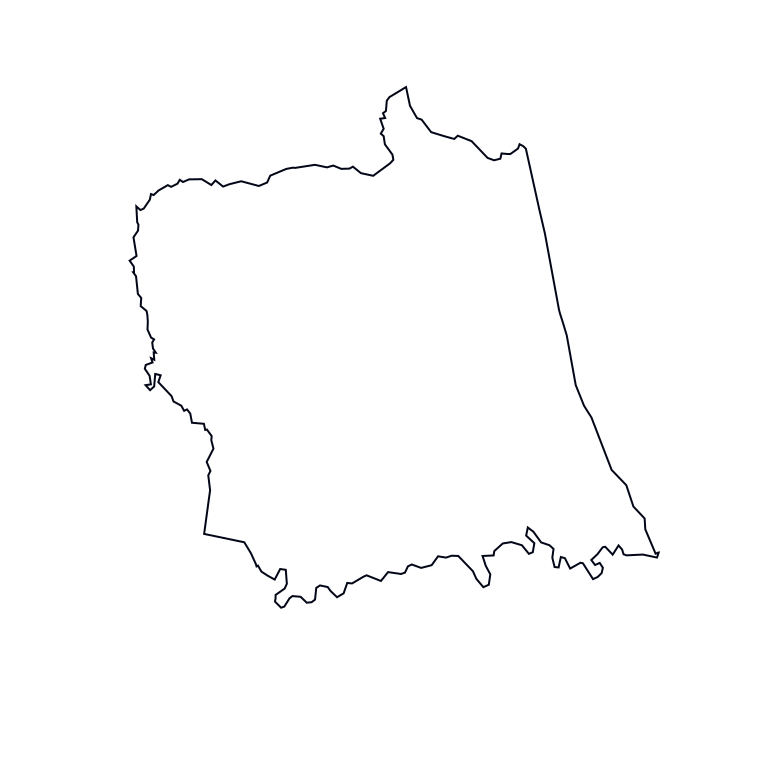 outline of San Sebastián, Puerto Rico, rotated 336°
{"feature_id": "32010507B16977701319194", "entity_name": "San Sebastián", "entity_type": "district", "adm_level": 2, "iso_a3": "PRI", "parent_name": "Puerto Rico", "parent_adm1": "", "projection": "equal_earth", "projection_center": [-66.981, 18.324], "detail": "fine", "context": "isolated", "style": "outline", "palette": "ink", "viewbox_px": 768, "rotation_deg": 336, "n_neighbors": 0, "source": "geoboundaries", "source_scale": "gbopen_adm2", "svg_char_len": 2962}
<svg xmlns="http://www.w3.org/2000/svg" viewBox="0 0 768 768"><g transform="rotate(336 384 384)"><path d="M230.0,121.0L224.3,135.9L224.5,138.5L221.7,143.8L214.8,148.1L210.0,166.4L201.8,167.8L203.2,175.0L201.1,180.2L200.3,179.9L201.3,184.7L195.8,201.6L197.2,206.7L193.4,213.9L196.8,220.7L195.9,224.7L193.6,231.0L190.1,238.0L190.1,246.9L192.1,249.7L189.1,251.9L187.4,257.7L188.3,262.6L186.4,261.5L184.0,268.4L181.7,265.7L181.3,270.2L174.1,269.7L171.7,272.8L173.2,281.2L170.9,289.5L165.7,288.1L167.8,294.5L173.0,292.8L179.1,281.8L183.5,285.2L178.6,290.5L185.0,308.7L184.6,314.4L190.0,321.4L190.5,327.2L193.7,327.1L195.0,332.2L192.8,341.3L203.3,347.1L202.0,353.3L203.7,353.6L205.4,361.5L203.4,365.0L201.9,373.7L190.3,383.1L190.1,392.8L186.3,396.0L181.9,410.4L177.7,417.1L158.7,447.8L192.0,471.8L193.6,484.5L193.7,496.5L193.4,498.8L195.0,498.7L195.7,505.5L199.7,511.7L204.6,518.2L213.9,510.8L218.7,513.8L214.0,527.0L210.0,530.5L199.2,532.6L197.7,535.8L195.9,538.4L199.0,546.5L202.4,546.8L210.6,541.3L214.1,540.5L221.3,544.5L224.5,552.4L229.1,553.9L233.3,552.9L239.2,542.7L243.6,542.0L250.0,546.6L251.0,551.4L254.4,559.7L262.0,558.8L269.5,550.8L273.7,553.2L286.9,551.7L290.3,551.7L301.1,562.7L311.2,557.5L322.3,564.5L326.5,564.8L331.7,560.3L336.0,560.2L343.1,567.1L353.8,568.9L363.3,563.4L370.0,567.8L376.0,568.4L381.9,571.3L389.1,591.2L389.1,599.4L392.1,610.0L398.1,610.0L403.7,601.1L403.0,591.6L404.1,581.2L414.4,585.2L416.8,581.5L427.6,578.0L436.0,580.2L444.4,587.4L447.3,598.1L451.5,598.2L456.6,590.6L452.2,580.3L457.0,573.6L460.4,579.7L463.1,592.6L469.6,598.6L471.8,603.6L467.1,611.2L465.4,620.6L468.9,622.6L475.2,614.0L478.4,616.7L479.0,628.3L490.8,627.2L492.8,628.7L495.6,647.3L500.7,647.2L505.9,645.3L509.2,640.9L508.3,635.2L503.2,635.2L501.8,629.1L509.8,626.3L517.4,622.1L519.9,622.7L523.5,632.9L532.6,626.9L534.2,632.1L533.6,637.0L535.9,639.2L551.1,645.1L562.8,653.6L566.4,649.7L565.8,649.5L563.1,649.5L563.6,623.0L567.4,612.9L562.0,597.4L564.2,575.0L557.0,555.1L557.8,539.3L559.9,498.9L558.7,491.0L557.9,485.2L558.7,463.0L570.7,414.0L572.6,399.0L573.4,391.5L574.0,387.6L592.2,312.0L596.7,288.6L609.3,226.8L607.8,223.1L606.7,221.8L605.4,220.1L602.2,223.4L592.9,225.3L589.8,223.8L585.2,221.2L581.9,225.5L575.6,224.4L570.6,219.6L562.8,197.8L552.4,187.2L547.8,188.7L539.7,182.0L529.5,173.1L525.9,157.8L522.3,154.5L520.9,140.4L524.9,121.7L505.7,124.1L501.8,126.3L496.8,135.4L493.2,136.2L493.2,141.5L488.4,140.1L487.5,150.7L482.9,154.0L484.5,157.5L482.3,165.4L485.0,177.9L483.7,183.0L479.2,184.9L458.8,189.4L448.7,182.0L444.0,172.8L440.1,173.2L432.5,170.1L426.5,163.8L420.0,162.9L410.1,155.7L390.6,150.4L388.7,149.3L382.3,147.8L379.1,147.7L364.8,147.4L359.2,152.4L350.2,152.2L336.0,140.7L324.0,138.6L317.3,138.2L312.8,129.5L307.2,132.0L300.9,122.8L289.2,117.8L282.5,117.7L280.5,114.4L276.8,117.0L269.7,117.3L267.4,114.4L256.8,115.5L250.4,117.7L248.4,115.7L245.0,120.4L235.9,126.0L232.2,126.0L230.0,121.0Z" fill="none" stroke="#020617" stroke-width="2"/></g></svg>